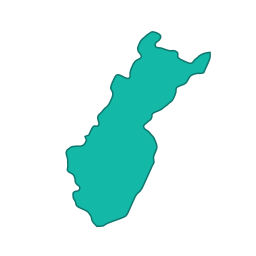 outline of Arenoso, Duarte, Dominican Republic, rotated 114°
{"feature_id": "3306468B79017025460716", "entity_name": "Arenoso", "entity_type": "district", "adm_level": 2, "iso_a3": "DOM", "parent_name": "Dominican Republic", "parent_adm1": "Duarte", "projection": "orthographic", "projection_center": [-69.786, 19.183], "detail": "fine", "context": "isolated", "style": "filled", "palette": "teal", "viewbox_px": 256, "rotation_deg": 114, "n_neighbors": 0, "source": "geoboundaries", "source_scale": "gbopen_adm2", "svg_char_len": 3844}
<svg xmlns="http://www.w3.org/2000/svg" viewBox="0 0 256 256"><g transform="rotate(114 128 128)"><path d="M25.5,83.8L27.3,86.7L28.2,87.9L29.6,89.5L31.2,90.9L32.9,92.1L35.3,93.1L38.0,94.5L39.1,94.9L41.4,95.5L42.5,96.0L42.9,96.3L43.3,96.9L43.6,97.5L43.8,98.1L44.0,99.5L44.1,102.4L44.0,107.0L43.8,109.1L43.5,110.4L43.2,110.9L42.8,111.4L42.4,111.7L40.1,112.6L39.3,113.2L38.7,114.2L38.5,115.3L38.5,116.5L38.8,117.8L40.3,121.0L40.7,122.4L41.0,124.6L41.4,129.7L41.9,131.7L42.6,133.7L42.7,134.7L42.6,135.2L42.4,135.7L41.7,136.6L40.6,137.1L40.1,137.2L39.5,137.3L38.3,137.0L35.3,135.4L34.1,135.1L32.9,134.9L32.3,135.0L31.2,135.3L30.6,135.7L30.2,136.2L29.9,136.8L29.6,138.0L29.4,140.1L29.6,142.2L29.8,143.5L30.2,144.8L30.6,145.3L31.0,145.8L32.0,146.4L35.5,148.6L37.9,149.6L41.2,151.2L43.3,151.8L44.8,151.9L47.0,152.0L49.2,151.9L50.6,151.7L51.3,151.5L52.5,150.9L53.4,150.1L54.2,149.2L55.5,146.6L56.1,145.8L56.9,145.1L58.0,144.8L58.5,144.9L59.6,145.3L62.6,147.7L63.7,148.3L65.1,148.8L67.4,149.2L71.3,149.2L73.6,149.1L75.1,148.9L77.2,148.4L79.6,147.2L80.7,147.0L81.2,147.0L81.8,147.2L82.3,147.5L82.7,148.0L83.1,149.2L83.2,151.2L83.0,156.4L83.1,157.8L83.3,158.4L83.6,159.0L84.0,159.6L84.5,160.0L85.1,160.3L86.4,160.6L88.5,160.8L93.0,160.8L95.2,160.7L97.3,160.4L98.6,160.0L99.1,159.6L99.5,159.2L101.1,157.1L102.0,156.3L103.0,155.7L103.7,155.4L105.1,155.1L106.6,154.9L108.9,154.9L112.8,155.0L114.3,155.2L115.8,155.5L117.1,155.9L119.8,157.3L121.1,157.7L124.2,158.5L127.5,159.9L128.7,160.2L130.0,160.1L131.2,159.7L132.3,159.0L135.2,156.6L136.3,156.1L137.4,156.0L137.9,156.1L138.4,156.4L138.7,156.8L139.0,157.2L139.8,159.4L140.1,159.8L140.6,160.2L141.1,160.4L141.8,160.6L143.1,160.8L147.6,160.9L150.4,160.9L153.2,163.8L156.0,161.0L158.7,161.0L160.0,161.2L161.3,161.6L162.4,162.3L163.2,163.1L164.0,164.1L165.2,167.0L167.2,170.6L167.9,171.6L168.8,172.4L171.8,174.1L172.9,174.6L174.2,174.7L175.5,174.5L176.7,173.9L177.7,173.1L180.4,170.9L181.5,170.2L183.9,169.1L186.6,167.7L187.7,167.3L190.0,166.7L191.1,166.3L191.5,165.9L191.8,165.4L192.2,164.3L192.4,163.1L192.4,161.2L192.9,159.3L193.1,158.7L193.8,157.7L195.1,156.4L196.8,155.2L197.8,154.8L198.2,154.5L199.5,153.3L200.1,152.3L200.3,151.8L201.0,149.0L201.3,148.5L201.6,148.1L202.1,147.8L202.6,147.5L203.7,147.4L204.8,147.6L205.3,147.8L205.8,148.1L206.1,148.5L207.2,150.2L207.9,150.9L208.8,151.4L209.3,151.6L210.4,151.5L211.3,151.1L212.8,150.3L213.7,149.8L214.2,149.4L214.6,149.0L215.9,147.1L216.6,146.2L217.4,145.5L219.2,144.1L219.6,143.7L220.1,142.6L220.4,141.3L220.5,139.2L220.5,133.4L220.7,132.0L221.0,130.6L221.8,128.9L223.7,125.9L224.5,125.2L225.9,124.2L226.8,123.5L227.9,122.2L228.6,121.1L230.5,116.4L229.6,114.5L227.3,110.6L226.3,110.1L225.2,109.4L223.1,107.7L220.1,104.7L213.2,97.6L211.2,95.7L209.6,94.5L208.4,94.0L207.0,93.7L205.0,93.6L191.9,93.6L187.2,93.5L185.7,93.2L184.3,92.9L181.6,91.7L180.2,91.2L178.6,90.9L177.1,90.7L173.0,90.6L155.8,90.5L152.5,90.5L148.9,90.2L145.6,92.2L144.5,92.7L143.9,92.9L141.9,93.2L137.1,93.3L135.1,93.4L133.8,93.8L133.2,94.1L131.5,95.2L129.5,97.1L127.6,99.1L126.3,100.7L125.6,101.8L124.6,104.2L123.5,106.4L123.0,107.6L122.7,108.8L122.3,111.3L121.9,112.5L121.7,113.0L120.9,113.9L120.5,114.2L120.0,114.5L119.4,114.6L118.8,114.5L117.8,114.2L116.4,113.4L114.1,112.4L112.0,111.2L110.9,110.8L110.3,110.6L109.1,110.6L108.0,110.8L106.1,111.5L105.6,111.5L105.0,111.4L104.5,111.2L104.0,110.9L103.0,110.2L99.0,106.4L97.5,105.2L96.3,104.5L94.0,103.4L91.3,101.8L88.9,100.8L86.3,99.3L85.0,98.9L83.7,98.6L82.4,98.5L78.9,98.5L76.9,98.7L75.6,98.9L73.0,99.9L72.5,100.0L71.9,100.1L71.4,99.9L70.8,99.7L70.3,99.4L69.3,98.7L65.5,94.9L63.8,93.7L63.2,93.4L61.9,93.1L60.6,92.9L57.3,92.6L56.0,92.4L54.7,91.9L53.7,91.2L52.2,89.9L51.4,89.0L50.6,87.9L49.9,86.9L48.6,84.0L47.9,82.9L46.7,81.4L36.0,81.3L32.2,81.4L30.8,81.7L29.5,82.0L25.5,83.8Z" fill="#14b8a6" stroke="#0f766e" stroke-width="1.5"/></g></svg>